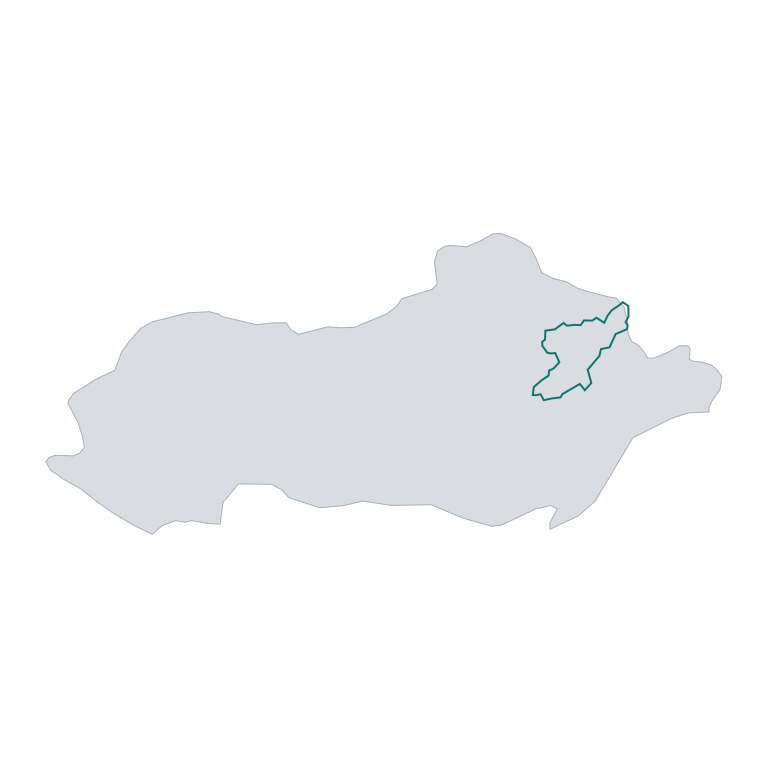 location of Përmet, Gjirokastër, Albania, rotated 270°
{"feature_id": "67620474B23103740146981", "entity_name": "Përmet", "entity_type": "district", "adm_level": 2, "iso_a3": "ALB", "parent_name": "Albania", "parent_adm1": "Gjirokastër", "projection": "equal_earth", "projection_center": [20.353, 40.273], "detail": "fine", "context": "in_parent", "style": "outline", "palette": "teal", "viewbox_px": 768, "rotation_deg": 270, "n_neighbors": 0, "source": "geoboundaries", "source_scale": "gbopen_adm2", "svg_char_len": 2132}
<svg xmlns="http://www.w3.org/2000/svg" viewBox="0 0 768 768"><g transform="rotate(270 384 384)"><path d="M243.9,220.1L244.5,209.0L247.3,191.3L245.7,185.4L247.4,175.3L242.2,161.9L233.7,152.2L242.0,135.0L254.2,114.3L265.5,97.9L279.1,80.8L288.2,64.5L298.0,50.4L306.4,46.1L310.5,49.1L312.7,55.2L312.1,73.4L315.0,79.7L320.7,84.4L332.9,82.1L346.5,77.6L364.7,67.9L367.8,68.5L374.6,73.6L388.6,95.6L397.9,115.0L416.3,121.7L426.6,129.3L439.8,140.8L446.2,152.4L455.2,187.9L456.3,209.3L453.7,219.1L451.5,221.7L443.3,256.6L445.2,274.5L445.2,286.2L438.2,290.9L433.6,298.3L441.1,327.5L440.2,340.0L440.6,354.3L454.2,386.9L462.2,397.1L469.4,401.9L478.6,432.0L484.1,437.2L506.4,434.4L517.3,437.7L521.7,444.9L522.6,449.8L521.2,466.7L526.8,479.7L534.3,493.1L534.3,501.3L529.4,514.7L520.5,530.4L508.6,536.4L495.5,541.5L489.3,553.6L486.2,566.6L480.3,576.2L476.7,586.7L471.2,608.2L469.9,616.1L461.1,624.0L447.3,627.2L435.0,627.9L426.7,631.5L422.5,638.9L414.6,644.9L409.9,647.5L409.9,654.0L415.6,667.8L422.1,678.9L422.3,687.8L419.1,690.3L409.0,689.2L406.9,692.5L405.8,702.5L403.1,711.0L398.9,716.2L391.7,721.9L378.6,720.1L366.2,711.5L359.7,708.9L356.0,709.1L355.1,688.2L349.8,672.0L330.2,632.9L266.7,595.0L251.8,578.0L245.3,563.7L238.8,550.2L245.1,549.8L251.3,553.2L259.2,557.3L262.5,550.6L259.1,535.8L242.9,501.4L241.7,491.9L249.8,463.2L263.3,430.9L262.6,391.9L266.9,362.5L262.4,343.4L260.3,320.0L270.2,289.0L278.5,281.3L283.7,271.5L284.1,238.4L265.5,223.0L243.9,220.1Z" fill="#d9dde1" stroke="#a8b0b8" stroke-width="1"/><path d="M372.8,535.5L373.7,540.6L367.8,543.8L369.4,550.8L370.6,560.5L373.9,562.4L384.1,579.9L377.8,584.8L385.0,591.3L398.3,587.7L412.1,599.4L418.9,601.0L420.7,609.6L433.9,615.6L438.8,626.9L442.5,627.7L446.0,625.6L451.4,628.5L461.9,628.3L465.8,622.9L463.3,619.9L457.5,611.5L452.2,607.5L445.2,604.2L450.3,596.4L447.4,592.3L447.6,584.0L442.9,580.7L443.1,574.0L442.3,567.0L445.0,563.5L438.6,554.8L437.3,545.4L428.3,545.0L426.1,542.2L422.0,542.4L415.2,547.4L414.6,551.0L414.9,555.3L405.7,559.3L399.5,553.6L397.4,549.1L392.4,548.6L387.8,541.7L380.9,533.8L373.0,532.8L372.8,535.5Z" fill="none" stroke="#0f766e" stroke-width="2"/></g></svg>